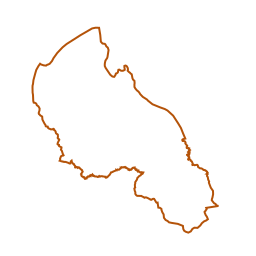 Nonghed, Xiangkhoang, Laos (Robinson projection), rotated 98°
{"feature_id": "54806243B9713261683611", "entity_name": "Nonghed", "entity_type": "district", "adm_level": 2, "iso_a3": "LAO", "parent_name": "Laos", "parent_adm1": "Xiangkhoang", "projection": "robinson", "projection_center": [104.045, 19.614], "detail": "fine", "context": "isolated", "style": "outline", "palette": "amber", "viewbox_px": 256, "rotation_deg": 98, "n_neighbors": 0, "source": "geoboundaries", "source_scale": "gbopen_adm2", "svg_char_len": 5875}
<svg xmlns="http://www.w3.org/2000/svg" viewBox="0 0 256 256"><g transform="rotate(98 128 128)"><path d="M130.5,69.8L125.7,72.7L120.6,75.6L116.9,78.6L109.5,85.0L105.2,91.3L104.1,94.2L103.1,99.1L101.1,107.0L98.1,112.1L97.2,113.1L95.1,117.7L92.8,120.6L91.3,121.8L90.3,123.0L89.6,124.3L88.0,126.1L86.5,127.3L83.9,127.7L82.6,127.7L80.4,128.2L79.3,129.8L78.1,130.5L74.3,131.8L73.7,133.0L73.0,133.7L72.4,134.9L71.3,136.3L70.1,136.2L68.8,136.5L67.1,137.7L66.6,138.6L66.5,139.2L67.0,140.2L68.2,140.1L69.2,139.7L70.8,139.3L71.8,140.5L72.2,141.8L72.2,143.0L71.4,144.7L71.7,145.6L74.4,145.8L75.3,146.6L75.8,147.6L77.2,147.8L79.2,148.7L79.3,149.7L79.1,150.8L77.7,153.0L71.6,158.5L69.9,159.6L68.0,159.9L66.4,159.9L64.3,159.7L61.7,158.4L60.5,158.2L53.5,158.1L51.2,159.2L50.2,160.8L48.4,162.0L47.9,162.7L47.9,165.0L46.3,166.9L39.8,168.4L32.8,170.6L33.2,174.1L34.4,177.4L42.7,188.0L53.4,200.5L57.2,204.0L63.5,208.5L69.2,211.5L72.3,212.6L75.3,214.5L76.2,215.8L76.6,216.8L77.6,217.8L77.7,220.1L77.2,222.9L76.6,224.0L79.1,225.3L83.2,226.9L86.5,227.4L93.8,228.3L97.6,228.2L99.3,228.4L101.2,228.2L106.2,227.4L108.4,226.7L114.4,225.6L116.0,224.9L116.0,223.8L116.4,222.6L117.0,222.0L118.1,221.5L119.0,219.8L119.8,219.1L121.1,218.2L121.5,218.2L122.9,218.1L125.3,218.5L126.0,218.4L126.7,218.0L127.0,217.3L127.7,216.7L128.6,214.6L131.6,213.9L135.3,211.3L136.4,210.2L137.7,209.7L137.9,209.2L137.8,207.7L139.0,207.2L139.7,205.9L139.8,205.1L140.1,204.2L139.8,202.5L139.2,201.9L139.2,201.6L139.4,201.2L140.4,200.8L140.7,199.9L141.7,199.1L142.6,198.9L143.3,198.5L144.3,196.6L146.6,196.1L147.6,196.3L148.3,195.7L148.8,194.6L149.2,194.4L152.1,195.4L153.7,195.6L154.1,195.2L154.3,194.0L155.3,193.9L155.6,193.6L156.4,191.2L156.9,191.1L158.8,191.4L159.7,190.4L162.6,189.0L164.0,188.0L164.3,188.3L164.6,189.4L165.3,190.4L167.8,191.0L168.9,190.7L169.9,191.1L170.0,190.3L170.3,189.3L170.2,188.3L170.5,187.5L170.3,187.1L170.5,186.4L170.3,185.7L170.3,184.9L170.8,182.3L171.2,181.3L171.3,180.7L171.1,180.1L169.0,180.0L168.2,179.3L169.6,178.8L170.5,177.9L170.9,177.6L171.4,176.9L171.4,176.3L172.3,176.0L172.9,175.0L174.1,174.9L173.9,174.3L173.9,174.0L174.1,173.9L173.8,173.6L173.8,173.2L174.0,173.2L174.0,172.3L174.4,172.1L173.8,171.3L174.0,171.0L174.0,170.7L174.6,170.3L174.7,169.8L175.2,169.3L175.4,168.9L175.6,168.7L175.9,167.9L176.3,167.8L176.5,167.4L177.0,167.3L177.6,166.8L180.1,168.1L180.5,167.6L181.2,167.7L182.2,167.1L182.4,166.3L182.9,165.6L182.6,165.0L182.8,164.6L183.9,164.1L184.4,163.5L184.2,163.0L183.3,162.4L183.4,162.2L183.0,162.2L183.0,161.9L182.6,161.8L182.6,161.4L182.2,161.4L181.8,160.8L181.6,160.8L181.6,159.9L181.1,159.7L181.1,159.1L180.8,159.0L180.8,158.7L180.4,159.0L180.0,158.8L180.1,158.6L179.4,157.1L179.0,156.8L180.0,156.2L179.8,155.9L180.1,155.7L179.9,155.3L180.1,154.9L180.4,155.0L180.6,153.8L180.4,152.4L180.7,151.3L180.5,151.1L180.6,150.8L179.9,150.2L180.1,150.1L180.1,149.7L179.8,149.8L179.6,149.6L179.7,148.6L179.3,147.0L179.5,146.5L179.4,145.1L179.5,143.9L179.4,143.5L180.1,143.4L180.3,143.1L180.2,142.6L179.7,141.8L178.7,141.0L177.7,140.4L177.2,139.8L174.7,138.7L174.4,138.7L173.7,137.1L173.3,136.8L171.8,134.2L171.5,134.0L171.5,133.6L171.2,133.7L171.3,133.4L170.5,132.5L170.7,132.0L170.5,131.0L169.8,130.5L169.2,129.8L168.9,129.8L168.8,129.5L168.5,129.4L168.2,129.1L168.0,129.3L167.9,128.9L167.7,128.8L167.8,128.3L167.6,127.7L167.8,127.4L167.3,126.6L167.3,126.1L167.1,125.8L167.4,125.6L167.2,125.1L167.5,125.0L167.5,124.4L167.6,124.1L167.8,124.1L167.8,123.8L168.1,123.4L168.1,123.1L168.3,122.4L169.0,122.0L168.9,121.6L169.3,121.7L169.5,121.0L169.2,120.9L169.4,120.5L168.8,118.9L168.3,118.7L168.1,118.8L167.8,118.3L167.0,118.0L166.9,117.6L166.6,117.4L166.2,116.0L166.7,116.0L166.7,115.7L167.4,115.4L167.3,114.7L168.0,114.3L168.0,113.9L168.5,114.1L168.6,113.5L169.4,112.5L169.1,112.2L169.5,112.1L169.3,111.8L169.7,111.8L169.6,111.1L170.0,110.6L170.3,109.8L170.1,109.4L170.4,109.3L170.5,108.6L170.0,108.1L170.2,107.4L169.9,107.2L169.9,106.7L171.3,107.2L172.1,108.4L173.1,108.9L174.0,110.2L175.6,111.3L175.9,111.7L177.9,112.0L180.6,113.3L182.0,113.1L183.2,113.3L185.3,112.9L185.9,112.6L187.0,113.3L189.2,112.6L190.5,111.8L192.2,111.6L193.3,110.6L193.8,109.8L193.9,109.2L193.4,105.3L193.9,104.3L194.3,102.7L194.8,102.1L194.2,100.8L194.2,100.3L194.6,98.7L195.1,97.5L195.3,96.5L195.7,96.1L195.9,95.1L195.6,94.5L195.0,94.0L194.6,93.2L194.5,92.6L194.6,92.2L197.6,89.8L198.0,89.3L198.0,88.7L197.8,88.3L202.6,86.9L202.6,85.3L203.4,83.7L204.8,83.3L206.8,82.2L208.6,80.7L211.9,79.9L213.9,77.9L214.6,75.8L215.7,74.3L215.9,71.5L216.0,65.3L217.3,60.0L220.3,59.2L221.9,58.1L222.7,56.4L223.2,53.7L221.6,51.4L219.0,50.2L217.5,48.4L217.2,45.2L214.4,42.8L212.0,41.6L209.8,39.6L208.7,37.7L207.2,36.2L204.8,37.6L203.6,38.8L201.1,40.3L200.2,40.5L199.3,39.7L198.6,39.5L197.7,38.9L197.2,38.8L196.2,39.4L192.6,27.6L192.3,29.6L191.0,30.8L190.5,32.3L187.9,35.0L186.6,35.0L185.1,34.7L181.7,34.5L178.4,35.1L175.6,37.7L170.9,40.3L169.7,40.2L168.0,41.4L166.3,41.9L165.3,42.3L164.7,43.0L163.3,43.2L162.5,42.7L162.3,42.9L162.3,43.5L161.8,43.0L161.2,42.9L160.9,43.5L160.3,43.6L159.5,44.8L159.5,45.3L159.1,45.6L158.9,46.7L159.0,47.5L158.5,48.0L157.8,49.5L157.9,51.1L157.4,51.9L157.1,52.9L156.6,53.3L155.4,53.6L154.9,54.3L155.0,55.1L155.6,56.9L155.3,57.6L155.7,59.0L155.4,59.2L154.3,58.9L152.2,60.2L151.6,61.5L150.8,61.7L150.6,61.9L150.4,63.2L150.6,63.8L150.9,63.9L150.8,64.1L150.3,64.1L149.4,63.3L148.4,63.2L148.1,63.5L148.1,63.9L147.4,64.0L147.3,64.8L146.8,65.2L146.6,65.7L146.3,65.8L145.9,65.4L146.3,64.4L146.1,63.8L145.1,63.6L143.8,63.6L143.9,63.8L144.3,64.0L144.3,64.3L143.5,65.2L142.9,64.7L142.2,64.6L141.2,63.6L140.5,64.7L140.1,64.8L139.6,64.6L139.4,65.3L139.8,65.7L139.6,67.0L138.7,67.3L137.8,66.9L137.3,66.9L137.1,67.3L136.3,67.9L136.1,68.4L135.2,69.1L134.3,69.0L133.6,69.5L133.3,69.9L133.1,71.0L133.2,72.1L132.3,72.6L131.7,72.3L131.4,71.9L130.5,69.8Z" fill="none" stroke="#b45309" stroke-width="2"/></g></svg>